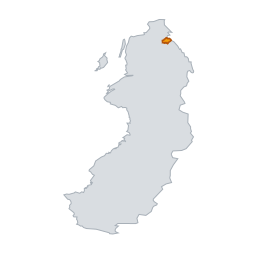 location of Halmstad, Halland, Sweden, rotated 171°
{"feature_id": "70781695B21714207094800", "entity_name": "Halmstad", "entity_type": "district", "adm_level": 2, "iso_a3": "SWE", "parent_name": "Sweden", "parent_adm1": "Halland", "projection": "natural_earth1", "projection_center": [13.027, 56.773], "detail": "fine", "context": "in_parent", "style": "filled", "palette": "amber", "viewbox_px": 256, "rotation_deg": 171, "n_neighbors": 0, "source": "geoboundaries", "source_scale": "gbopen_adm2", "svg_char_len": 4494}
<svg xmlns="http://www.w3.org/2000/svg" viewBox="0 0 256 256"><g transform="rotate(171 128 128)"><path d="M57.0,173.2L58.0,175.1L60.0,174.8L60.9,173.4L61.9,169.3L60.6,164.7L62.4,163.1L63.6,160.5L66.4,159.8L70.1,156.8L70.5,153.8L71.4,151.6L68.2,144.9L67.9,143.3L72.8,142.4L74.8,138.0L71.5,135.1L66.4,132.4L68.1,124.0L66.0,119.4L66.3,117.5L65.9,114.5L67.2,113.3L64.7,109.0L67.2,106.0L66.7,104.5L73.8,98.5L78.5,97.4L87.2,98.3L89.2,95.9L89.3,94.7L88.5,91.7L83.6,89.9L88.9,84.6L92.9,79.4L93.7,74.4L94.6,72.2L93.5,67.3L99.1,66.8L104.1,64.8L103.3,62.1L114.1,53.9L114.4,52.5L113.6,51.1L110.9,48.6L111.7,47.5L114.6,46.8L116.0,45.7L118.1,41.9L124.0,38.9L130.6,40.9L133.3,37.5L133.0,32.9L135.3,32.4L153.0,35.3L155.9,33.6L152.8,32.7L155.7,30.8L156.5,29.7L156.8,28.3L156.6,27.6L154.1,25.9L159.6,25.7L162.7,26.5L163.0,27.5L175.2,33.0L184.7,35.2L187.5,36.7L188.6,38.4L190.1,38.5L191.9,40.1L193.8,41.0L192.4,42.2L192.5,44.7L193.1,45.9L192.3,48.1L195.4,48.7L196.0,50.0L194.4,51.4L194.7,52.9L198.9,57.5L197.9,59.0L197.8,60.8L196.0,62.2L195.8,63.7L196.3,65.5L196.9,66.4L198.7,67.1L201.8,72.0L198.9,72.4L196.6,71.7L191.3,72.3L190.0,73.1L185.9,71.1L183.6,72.2L182.0,71.2L180.9,72.8L180.6,75.1L178.7,74.9L179.4,75.7L176.9,76.0L176.7,76.4L177.3,76.9L176.5,77.6L173.0,77.8L172.6,78.6L173.6,79.4L173.6,80.0L171.3,79.2L172.9,80.8L173.3,82.0L168.6,86.6L170.3,87.8L171.7,90.5L173.2,91.7L172.7,92.9L167.7,95.9L165.1,100.5L158.8,103.5L155.5,104.3L153.4,106.4L150.8,105.8L150.8,107.0L149.2,106.2L147.9,108.2L145.6,109.8L143.1,109.5L142.8,109.8L143.6,110.2L140.7,110.7L139.9,112.4L137.8,112.8L137.4,113.4L139.6,113.5L139.2,114.9L136.8,115.6L135.9,116.5L134.8,116.4L135.0,115.8L133.4,115.8L132.8,115.0L132.5,115.2L133.7,117.5L132.9,118.4L134.5,119.3L130.0,121.5L127.2,120.6L126.9,121.3L127.5,123.2L129.9,124.8L128.5,125.8L127.1,130.3L128.2,133.0L125.1,132.4L125.3,133.4L124.4,134.6L124.8,136.4L124.5,137.5L125.3,138.6L124.9,139.1L125.4,144.0L126.4,146.1L126.1,147.8L127.4,148.7L130.1,148.9L131.0,150.3L134.4,149.5L136.9,152.3L141.7,154.6L141.4,156.1L144.4,157.2L146.2,159.3L147.0,161.1L146.8,162.1L142.2,165.1L138.7,167.0L135.1,168.2L135.3,168.7L137.1,168.9L141.5,167.5L142.8,168.7L140.4,169.3L140.0,171.0L139.0,172.0L129.2,175.9L128.0,177.1L123.6,179.0L115.7,178.9L114.5,179.3L121.4,180.1L123.0,181.5L119.8,182.4L121.3,185.8L120.5,186.6L120.5,190.4L119.3,190.4L118.8,192.0L119.5,195.7L120.1,196.8L119.9,197.9L118.0,200.4L118.7,203.5L116.7,209.1L114.3,212.3L112.5,216.6L110.5,218.2L108.1,217.2L104.4,217.8L97.8,217.6L97.0,218.0L97.5,219.6L95.1,219.4L91.0,222.7L90.8,224.4L92.5,227.5L90.5,229.6L86.0,229.1L80.1,230.3L74.8,229.3L75.5,228.2L75.9,224.1L69.8,215.6L72.6,216.5L73.8,216.0L72.0,213.2L74.5,213.1L75.2,212.1L74.8,210.5L72.8,209.8L71.0,207.3L69.2,206.0L66.0,201.0L64.8,197.6L63.7,197.9L62.7,194.0L61.0,193.4L60.7,189.5L58.8,189.1L57.6,187.3L57.5,183.8L55.3,183.4L55.6,181.8L54.9,175.8L54.2,173.9L54.8,172.5L55.9,172.4L57.0,173.2ZM149.1,191.6L148.1,192.0L147.5,193.1L146.0,193.6L145.8,197.1L147.3,198.4L145.8,199.0L144.8,200.8L142.2,202.0L141.1,203.2L140.6,204.9L138.3,205.8L139.9,203.3L137.7,200.3L138.2,199.3L137.9,195.9L142.6,191.7L144.8,191.2L145.8,191.7L146.2,190.6L146.9,190.4L149.1,191.6ZM119.0,215.6L117.8,216.3L117.4,215.3L117.5,211.2L120.0,206.5L121.2,206.1L124.3,199.6L124.6,199.2L125.8,199.6L125.0,200.2L125.0,201.3L123.0,204.8L122.5,207.0L121.8,207.6L119.0,215.6ZM150.0,190.3L149.8,191.2L148.6,190.5L149.7,189.4L152.0,189.7L150.0,190.3ZM143.7,165.5L142.2,167.0L141.9,166.4L142.2,165.7L143.7,165.5ZM140.6,173.3L139.8,173.4L140.3,172.3L141.4,172.1L140.6,173.3Z" fill="#d9dde1" stroke="#a8b0b8" stroke-width="1"/><path d="M75.7,205.0L75.2,205.3L75.2,205.7L75.0,205.9L75.0,206.1L74.9,206.3L74.6,206.3L74.1,206.5L73.6,206.5L73.3,206.7L73.0,207.0L72.6,207.1L72.3,207.4L72.0,207.7L71.7,207.7L71.8,208.1L71.8,208.5L71.9,208.8L72.3,209.1L72.5,209.2L72.7,209.5L72.9,209.6L73.0,209.9L73.2,210.0L73.4,210.1L73.7,210.1L74.0,209.9L74.3,209.9L74.8,210.0L75.2,210.2L75.2,210.5L75.5,211.1L75.9,211.1L76.4,211.1L76.5,210.9L76.8,210.6L77.2,210.4L77.5,210.3L77.5,210.2L77.8,210.2L78.2,210.0L78.5,209.9L78.6,209.7L78.7,209.4L78.9,209.2L79.3,209.2L79.8,209.2L80.0,209.1L80.4,209.1L80.5,208.2L80.5,207.5L80.4,207.2L80.2,207.0L80.4,206.8L80.1,206.7L79.7,206.5L79.3,206.7L79.1,206.8L78.7,206.7L78.7,206.3L78.9,206.2L78.4,205.9L78.1,205.9L77.9,206.1L77.7,206.3L77.4,206.6L77.1,206.6L76.9,206.5L76.8,206.3L76.6,206.2L76.5,205.6L76.3,205.5L76.1,205.5L75.9,205.2L75.7,205.0Z" fill="#f59e0b" stroke="#b45309" stroke-width="1.5"/></g></svg>